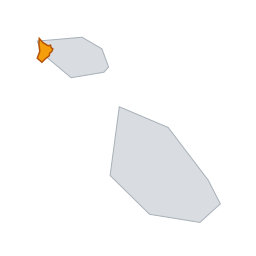 San Lawrenz on a map of Malta (Mercator projection), rotated 8°
{"feature_id": "MLT-5974", "entity_name": "San Lawrenz", "entity_type": "state/province", "adm_level": 1, "iso_a3": "MLT", "parent_name": "Malta", "parent_adm1": "", "projection": "mercator", "projection_center": [14.198, 36.047], "detail": "fine", "context": "in_parent", "style": "filled", "palette": "amber", "viewbox_px": 256, "rotation_deg": 8, "n_neighbors": 0, "source": "natural_earth", "source_scale": "10m", "svg_char_len": 559}
<svg xmlns="http://www.w3.org/2000/svg" viewBox="0 0 256 256"><g transform="rotate(8 128 128)"><path d="M230.0,190.3L212.3,211.5L161.4,210.5L116.9,177.5L116.4,108.2L167.7,121.9L214.6,168.4L230.0,190.3ZM96.4,76.1L64.7,86.1L33.3,66.5L26.0,54.6L69.8,44.5L91.2,53.3L100.3,70.4L96.4,76.1Z" fill="#d9dde1" stroke="#a8b0b8" stroke-width="1"/><path d="M33.6,74.9L28.4,71.5L30.0,64.4L28.1,57.3L27.7,51.7L31.8,55.2L37.5,57.7L39.7,56.7L40.7,59.1L42.6,60.2L41.7,63.1L40.0,64.8L40.0,67.3L36.5,71.0L33.6,74.9Z" fill="#f59e0b" stroke="#b45309" stroke-width="1.5"/></g></svg>